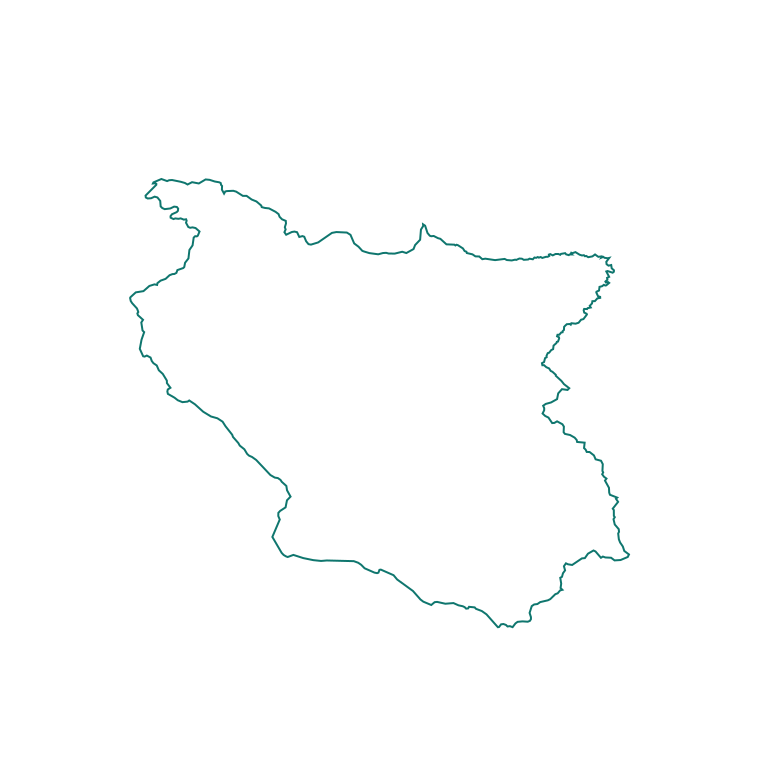 Nqoe, Butha-Buthe, Lesotho (Equal Earth projection), rotated 110°
{"feature_id": "5366337B84603329335542", "entity_name": "Nqoe", "entity_type": "district", "adm_level": 2, "iso_a3": "LSO", "parent_name": "Lesotho", "parent_adm1": "Butha-Buthe", "projection": "equal_earth", "projection_center": [28.538, -28.865], "detail": "fine", "context": "isolated", "style": "outline", "palette": "teal", "viewbox_px": 768, "rotation_deg": 110, "n_neighbors": 0, "source": "geoboundaries", "source_scale": "gbopen_adm2", "svg_char_len": 6164}
<svg xmlns="http://www.w3.org/2000/svg" viewBox="0 0 768 768"><g transform="rotate(110 384 384)"><path d="M565.9,436.6L577.7,422.4L579.0,419.8L579.5,417.1L579.5,415.3L575.6,410.7L575.2,400.3L573.7,390.2L571.8,382.6L569.4,377.4L560.8,351.8L560.8,347.1L561.7,343.6L563.8,339.2L564.5,328.5L564.1,325.8L563.2,324.7L560.2,324.7L559.5,323.5L560.4,309.6L563.2,304.8L568.6,286.0L574.0,276.1L575.1,272.6L575.5,264.0L571.7,261.8L570.6,259.6L569.5,251.2L566.1,243.8L566.5,238.3L565.9,234.0L566.1,231.9L567.0,230.0L566.1,228.2L564.3,227.9L562.9,222.4L563.8,220.7L563.9,214.4L565.4,208.9L573.6,193.8L573.0,192.8L569.8,191.8L568.7,189.7L568.7,187.0L569.6,185.0L568.5,182.9L568.5,180.0L564.0,178.6L561.8,177.1L559.7,172.7L558.2,167.6L556.7,165.9L554.7,165.5L552.8,166.2L549.3,168.9L542.2,169.2L539.8,167.5L538.3,164.6L535.5,162.6L531.2,156.0L529.3,154.2L522.9,151.1L521.3,149.2L517.7,147.9L516.4,146.0L515.3,148.3L511.0,149.2L505.8,152.1L504.3,150.8L500.6,151.1L497.2,150.1L493.7,152.6L490.3,151.7L490.5,149.5L489.7,145.3L480.2,138.4L478.9,135.7L473.7,134.3L468.8,130.2L469.0,128.0L473.1,120.7L471.3,119.3L471.3,116.7L469.6,111.2L470.9,107.0L468.5,101.5L463.2,95.8L460.4,95.5L458.7,101.1L455.0,104.0L452.2,107.9L449.6,110.2L444.4,112.8L442.5,112.6L440.1,113.8L437.1,119.1L432.5,122.1L430.2,121.6L429.3,122.9L423.9,124.9L422.9,126.4L414.7,123.7L412.5,126.8L411.0,126.0L410.8,133.8L409.1,135.2L404.6,137.1L399.2,143.3L396.8,142.6L395.9,145.6L394.2,148.1L392.1,147.8L391.0,149.0L384.5,151.0L381.9,153.8L382.4,159.4L379.3,162.3L377.6,167.5L378.5,170.3L376.7,172.1L375.8,174.1L370.5,175.4L372.4,182.7L370.7,183.8L369.2,186.5L368.3,191.7L369.0,196.9L367.9,198.7L362.5,200.4L360.8,202.6L359.9,208.6L362.3,210.6L363.2,212.6L359.3,218.0L358.9,221.6L357.5,224.9L353.9,224.5L351.9,225.2L350.0,227.0L347.4,225.2L344.2,220.7L339.0,216.2L333.2,217.1L328.0,215.0L326.8,209.5L324.6,208.5L322.6,214.8L320.5,218.2L317.5,225.4L316.6,225.7L314.9,229.9L314.7,231.8L312.9,234.2L312.7,237.2L311.6,240.0L312.2,241.6L310.4,242.7L308.6,241.1L304.6,241.5L303.2,240.3L302.0,240.9L299.0,240.7L298.1,239.5L295.0,238.5L293.4,237.0L289.9,237.8L286.6,236.0L285.3,236.0L284.6,235.0L281.2,235.0L280.3,235.5L280.0,237.7L278.4,237.8L277.7,236.1L275.0,235.1L274.3,233.9L273.3,234.2L271.6,233.4L268.7,234.3L267.7,233.9L265.3,232.7L264.1,230.0L264.4,228.8L262.8,228.7L261.8,224.6L259.9,222.1L256.2,220.8L254.8,218.8L249.3,217.1L248.7,217.6L248.4,220.3L246.4,221.6L245.0,221.6L244.1,218.8L243.1,218.6L241.4,215.9L240.2,217.4L237.2,216.1L234.9,216.5L234.0,214.2L230.6,212.8L229.1,210.3L228.2,210.7L228.3,212.9L225.4,215.8L224.6,215.9L222.6,213.9L219.0,214.7L217.5,212.5L215.6,211.3L215.8,209.8L215.3,208.9L212.0,207.0L211.6,208.3L212.7,210.2L212.0,211.0L209.6,209.7L208.0,210.7L206.3,209.1L202.2,213.6L201.4,212.6L201.2,207.2L199.9,206.4L198.5,206.8L197.4,209.6L194.5,211.2L196.0,213.5L195.3,215.8L193.2,216.9L188.5,215.5L189.3,216.7L190.0,220.0L189.5,221.4L190.7,222.7L189.6,222.4L189.6,223.1L191.2,226.1L190.1,230.0L192.8,231.8L195.0,235.5L194.5,237.7L195.2,238.9L194.6,240.2L195.5,241.9L195.6,244.4L194.6,249.2L196.7,251.8L196.6,252.9L197.8,253.0L198.1,252.0L198.8,253.9L199.7,254.4L199.9,257.2L199.1,258.5L201.2,262.2L202.3,262.6L202.2,264.7L203.2,267.3L205.4,269.4L205.1,272.2L206.0,273.3L207.2,272.5L208.5,273.7L209.1,275.3L211.4,278.4L211.1,280.2L212.3,281.7L212.1,282.9L213.4,284.2L213.7,285.9L215.9,286.8L216.5,290.2L217.7,291.1L219.5,295.1L219.1,297.3L219.8,299.7L222.2,302.2L222.3,303.3L224.2,306.2L225.5,311.0L225.2,313.4L229.6,322.0L231.6,331.7L233.1,334.3L231.6,338.1L232.8,341.8L231.9,345.2L232.6,351.0L231.5,351.8L231.5,353.7L229.6,356.2L228.3,361.9L228.3,363.4L229.4,364.3L229.0,365.5L231.4,373.1L228.3,380.7L228.5,383.1L227.9,387.9L229.0,390.2L229.0,391.7L227.2,394.8L221.2,399.5L220.6,401.9L222.1,401.2L226.2,402.1L236.1,399.4L242.8,402.3L247.1,402.4L253.3,407.8L253.5,412.1L257.8,418.5L259.8,424.3L260.0,426.8L261.3,429.8L264.1,433.8L266.0,442.5L266.3,447.9L266.3,449.9L263.7,454.9L262.1,460.1L255.3,466.5L254.4,470.7L257.5,480.7L259.8,484.6L273.5,494.3L278.0,500.3L278.4,502.8L276.5,506.0L272.9,509.3L272.9,511.2L274.8,513.9L271.1,517.6L271.4,520.3L272.7,522.6L277.2,527.0L275.4,529.5L272.4,529.3L270.6,530.8L266.7,531.0L264.3,532.1L264.1,536.2L262.6,539.3L260.4,541.2L259.3,544.8L258.3,552.1L259.3,556.1L259.6,559.4L258.3,560.4L256.1,566.3L255.9,571.5L254.2,577.5L255.5,581.0L253.8,588.7L254.0,591.7L256.5,597.7L257.4,599.0L259.8,599.4L256.8,602.8L253.3,603.9L252.6,605.2L251.0,606.2L250.8,607.7L251.6,612.3L251.8,617.7L252.8,621.6L258.9,626.6L260.0,633.4L263.7,636.8L263.2,639.9L263.5,644.2L264.8,652.9L266.0,655.6L267.5,657.2L267.5,663.3L273.4,669.6L274.6,669.7L273.6,667.6L273.8,666.4L274.7,666.1L288.5,672.5L290.2,671.6L290.5,669.5L289.1,666.4L286.4,663.6L286.2,660.7L288.5,656.9L293.5,654.6L294.5,652.5L294.7,649.9L292.1,644.8L289.1,641.9L288.5,639.2L289.6,637.4L291.8,636.9L293.4,637.6L297.0,641.3L299.3,642.0L300.7,641.4L301.0,638.2L299.8,636.8L299.1,633.7L297.9,631.7L298.0,628.3L296.9,626.3L298.1,625.3L300.2,625.2L303.4,621.6L303.5,619.6L302.3,617.5L301.9,614.4L303.8,609.5L308.3,609.7L309.3,610.4L309.7,612.0L311.5,612.9L319.2,611.3L324.6,612.7L332.9,610.7L338.1,612.4L342.4,611.7L343.7,612.3L347.6,617.1L350.6,617.1L352.3,618.6L353.1,620.4L355.1,622.7L359.9,625.2L363.3,629.3L366.7,631.4L368.5,631.1L368.9,633.8L372.1,638.0L379.0,641.8L382.8,648.6L389.1,651.9L390.0,652.0L392.6,650.4L394.2,648.3L397.5,642.0L398.6,641.0L400.4,639.5L402.0,639.9L403.5,638.8L406.1,632.4L409.2,633.1L416.3,629.2L417.3,627.1L425.3,627.0L434.5,625.5L440.3,619.8L440.1,618.3L438.4,616.6L439.0,612.4L441.8,610.1L443.3,607.8L444.3,603.9L448.1,600.3L450.2,595.3L455.1,589.2L457.4,588.3L460.6,583.4L463.1,585.3L465.2,585.0L467.2,583.7L468.5,576.2L469.8,572.2L470.0,567.2L467.7,562.5L466.1,561.4L467.7,554.8L471.9,544.4L473.7,535.5L473.2,528.8L474.6,522.8L477.9,518.5L483.6,509.3L485.4,507.8L489.3,500.7L491.2,498.5L493.1,492.9L496.5,488.7L497.5,486.3L497.7,483.1L499.1,478.1L508.4,459.6L509.3,454.6L508.7,451.6L509.5,448.5L510.9,446.6L513.2,440.9L517.0,438.8L521.8,433.3L526.5,435.4L533.6,434.3L538.8,438.2L541.2,439.2L544.2,438.2L547.0,435.6L565.9,436.6Z" fill="none" stroke="#0f766e" stroke-width="2"/></g></svg>